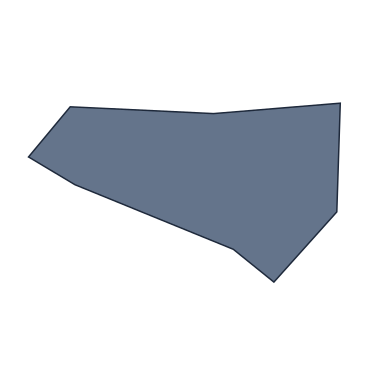 Winchester, Virginia, United States of America (Albers equal-area conic projection), rotated 83°
{"feature_id": "52423323B17737032882044", "entity_name": "Winchester", "entity_type": "district", "adm_level": 2, "iso_a3": "USA", "parent_name": "United States of America", "parent_adm1": "Virginia", "projection": "albers", "projection_center": [-78.173, 39.168], "detail": "fine", "context": "isolated", "style": "filled", "palette": "slate", "viewbox_px": 384, "rotation_deg": 83, "n_neighbors": 0, "source": "geoboundaries", "source_scale": "gbopen_adm2", "svg_char_len": 275}
<svg xmlns="http://www.w3.org/2000/svg" viewBox="0 0 384 384"><g transform="rotate(83 192 192)"><path d="M116.8,161.1L92.6,302.5L137.3,350.0L170.5,307.3L253.9,158.0L291.4,121.7L229.4,50.7L121.9,34.0L116.8,161.1Z" fill="#64748b" stroke="#1e293b" stroke-width="1.5"/></g></svg>